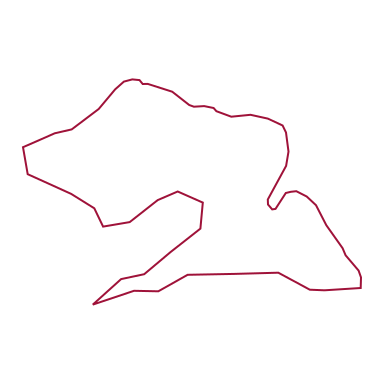 the district of Paxtaabad, Andijon, Uzbekistan
{"feature_id": "79887680B2052385520334", "entity_name": "Paxtaabad", "entity_type": "district", "adm_level": 2, "iso_a3": "UZB", "parent_name": "Uzbekistan", "parent_adm1": "Andijon", "projection": "equal_earth", "projection_center": [72.425, 40.981], "detail": "fine", "context": "isolated", "style": "outline", "palette": "rose", "viewbox_px": 384, "rotation_deg": 0, "n_neighbors": 0, "source": "geoboundaries", "source_scale": "gbopen_adm2", "svg_char_len": 831}
<svg xmlns="http://www.w3.org/2000/svg" viewBox="0 0 384 384"><path d="M324.5,290.3L360.7,288.0L361.0,277.4L358.6,270.6L345.6,255.3L342.6,248.2L326.3,225.2L316.0,205.2L306.7,196.5L296.3,191.2L290.8,191.8L285.8,193.0L275.5,208.9L272.2,209.4L268.0,204.5L267.8,199.5L286.1,165.9L288.5,151.6L286.0,132.5L282.6,125.5L267.8,118.6L250.5,114.8L231.3,116.7L216.4,111.2L213.6,108.0L204.2,106.1L193.9,106.7L189.2,105.0L172.2,91.7L147.7,83.9L142.7,84.0L139.5,80.1L132.3,79.4L123.9,81.6L115.2,89.3L98.7,109.0L71.7,129.4L54.7,133.3L40.2,139.7L23.0,147.2L27.7,174.2L71.2,193.9L94.3,208.3L103.1,226.6L129.7,222.1L157.7,200.1L177.7,191.5L202.8,202.6L200.4,228.6L170.5,252.1L144.2,274.2L121.1,279.1L92.8,304.6L134.0,290.8L158.3,291.3L187.6,274.8L234.7,273.9L278.3,272.7L309.8,289.7L324.5,290.3Z" fill="none" stroke="#9f1239" stroke-width="2"/></svg>